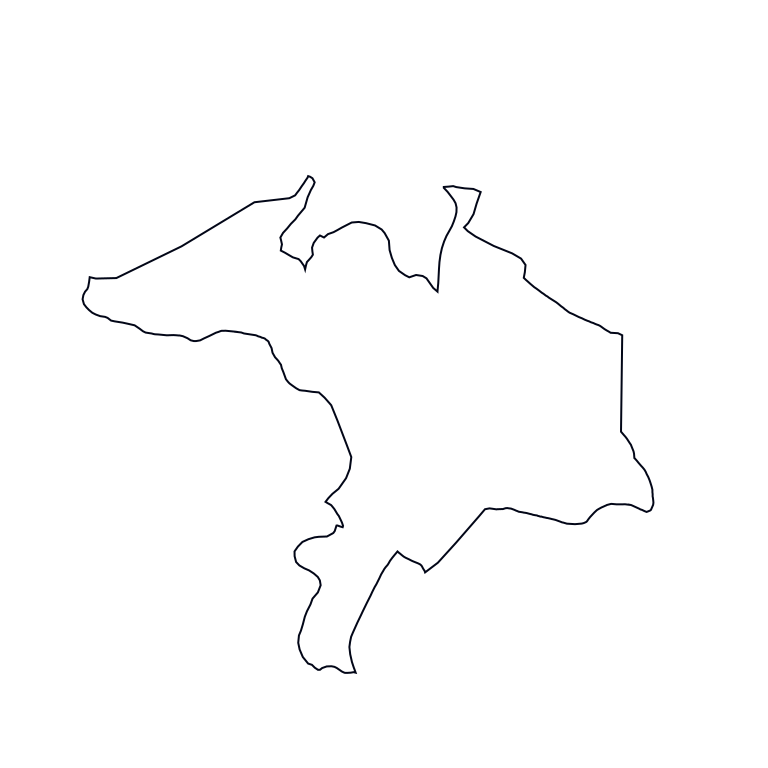 outline of Bois D'Orange, Gros Islet, Saint Lucia, rotated 325°
{"feature_id": "8701671B67132891165103", "entity_name": "Bois D'Orange", "entity_type": "district", "adm_level": 2, "iso_a3": "LCA", "parent_name": "Saint Lucia", "parent_adm1": "Gros Islet", "projection": "natural_earth1", "projection_center": [-60.96, 14.059], "detail": "fine", "context": "isolated", "style": "outline", "palette": "ink", "viewbox_px": 768, "rotation_deg": 325, "n_neighbors": 0, "source": "geoboundaries", "source_scale": "gbopen_adm2", "svg_char_len": 6166}
<svg xmlns="http://www.w3.org/2000/svg" viewBox="0 0 768 768"><g transform="rotate(325 384 384)"><path d="M571.1,413.8L570.0,411.2L568.5,407.6L568.1,406.1L567.3,404.5L566.4,401.6L565.6,399.7L564.7,396.7L563.6,393.4L562.6,390.8L561.3,385.8L560.5,382.3L560.0,380.3L559.4,377.2L563.5,373.2L568.2,367.7L568.2,359.9L563.9,350.5L553.1,333.9L543.6,315.7L540.3,306.8L539.4,301.6L545.3,300.5L554.8,296.2L563.4,289.3L571.2,283.7L573.3,282.2L569.1,275.5L562.3,270.0L556.1,264.1L554.2,261.6L550.2,259.4L546.0,256.9L545.5,257.6L546.1,261.7L546.3,263.0L546.5,267.4L546.7,272.9L546.3,277.0L544.7,281.0L541.9,284.8L538.6,287.8L534.4,290.9L530.1,293.7L525.0,296.2L520.2,298.5L515.0,301.7L509.4,305.9L504.3,310.6L499.4,315.9L495.1,321.2L486.3,332.5L481.1,338.6L480.8,339.0L479.4,333.5L479.4,321.8L477.6,317.7L472.8,313.1L465.9,311.1L463.7,307.0L461.1,299.9L461.1,292.8L462.8,285.1L465.4,277.5L470.2,269.4L471.1,260.7L470.7,256.1L467.6,249.0L461.5,241.9L456.3,236.8L450.2,233.2L439.4,231.7L434.1,231.2L429.8,230.7L424.1,229.1L418.9,229.6L416.7,225.6L413.5,226.0L407.4,228.1L403.3,231.0L401.4,234.3L399.9,237.3L397.2,238.4L393.5,239.3L390.8,239.9L388.1,242.1L385.1,244.9L386.2,241.5L386.2,238.6L386.2,235.6L385.7,232.7L384.2,230.8L382.0,228.0L380.1,223.9L378.2,219.7L376.0,215.5L378.2,213.2L380.5,211.1L382.0,207.5L383.1,204.6L388.0,202.3L394.0,201.0L399.6,199.4L405.8,198.3L410.0,196.8L420.1,194.1L428.6,187.2L431.5,185.5L435.3,183.2L439.8,181.1L442.9,179.0L443.4,174.4L442.3,171.8L441.1,170.2L439.8,171.1L436.3,172.4L433.7,173.5L430.0,174.8L425.7,176.5L422.3,177.5L420.3,178.2L419.4,178.5L413.0,177.5L382.1,160.8L297.1,155.1L225.5,143.7L208.5,132.4L204.2,127.7L201.1,131.1L197.6,134.6L195.4,136.1L192.1,136.9L188.8,138.7L185.7,141.7L184.0,146.5L184.2,150.5L184.8,154.2L185.9,158.3L187.7,161.7L189.5,164.3L190.4,165.6L194.0,169.0L195.5,171.3L196.8,175.5L199.3,178.2L205.1,183.8L208.7,187.7L213.4,192.9L214.5,195.8L215.6,198.7L216.8,202.5L218.2,205.1L221.0,207.8L222.6,209.3L224.0,211.0L224.9,211.9L227.7,214.1L234.1,219.6L237.2,221.6L239.5,223.1L241.9,225.0L243.3,226.2L244.4,227.0L246.7,229.5L249.3,233.8L250.7,237.3L252.0,238.8L252.9,239.8L253.6,240.3L254.6,241.0L258.4,242.8L262.7,243.4L268.1,244.4L268.7,244.5L275.8,245.6L278.3,246.4L280.4,246.9L281.5,247.3L284.9,249.6L292.5,256.1L294.3,257.8L291.3,255.2L296.6,259.9L298.3,262.3L306.9,270.5L307.9,272.0L308.2,272.7L309.9,274.7L310.3,275.7L311.8,277.4L312.5,278.6L312.8,280.1L313.5,281.9L313.7,283.1L313.1,285.4L312.5,290.1L310.6,294.5L310.1,299.6L310.7,304.2L310.6,308.3L310.7,309.0L309.3,312.5L308.4,316.5L306.4,323.9L306.6,327.1L306.8,328.6L307.0,329.6L307.9,332.3L309.6,337.1L311.3,340.6L313.0,342.2L315.5,344.3L320.9,349.4L325.8,353.5L327.5,361.1L328.6,371.1L324.9,387.2L318.5,412.7L315.3,425.1L307.4,433.8L298.9,439.4L286.7,443.8L278.7,444.4L272.9,445.6L268.5,447.0L269.5,449.3L269.7,449.7L270.3,450.9L271.2,452.8L271.3,453.5L271.5,456.1L271.6,458.1L271.2,463.8L271.3,466.2L270.3,472.2L270.0,473.7L269.1,476.7L268.0,477.6L266.4,475.6L266.0,475.0L264.7,473.2L263.9,472.7L259.3,476.2L257.0,477.0L249.8,476.2L243.0,471.8L239.2,469.8L233.1,467.8L226.6,466.6L220.2,467.8L214.7,469.8L212.0,473.8L209.9,479.4L210.6,484.1L213.0,489.3L215.7,493.7L217.8,498.9L219.1,504.1L218.8,508.1L216.7,512.5L210.3,516.8L202.4,518.8L197.3,522.4L190.5,526.0L185.7,529.2L179.6,534.4L174.5,538.4L170.1,541.2L165.3,546.8L162.6,553.1L160.9,561.1L161.5,569.5L163.9,572.7L164.6,576.7L166.0,580.3L167.7,581.4L170.4,581.2L175.1,582.5L179.1,585.1L181.2,587.3L182.4,589.5L183.3,591.9L183.9,593.5L184.5,595.2L185.6,597.2L186.4,598.3L188.6,599.8L191.2,601.4L193.8,602.6L195.2,604.2L196.2,600.6L196.5,599.3L198.3,593.3L201.3,586.0L204.8,579.6L208.3,575.8L212.1,572.2L215.6,570.0L225.3,564.2L233.0,559.9L235.4,558.5L244.2,553.6L251.7,549.6L255.1,547.6L259.9,545.0L262.8,543.7L268.9,540.4L272.5,538.3L276.7,536.4L275.5,537.0L277.9,535.8L280.2,535.0L283.1,534.3L284.8,533.6L287.5,532.3L291.1,531.1L295.3,529.9L295.8,529.8L299.0,528.9L299.5,531.1L299.8,531.9L300.4,534.2L301.1,536.6L302.0,538.6L303.9,541.9L305.3,544.6L306.2,546.1L309.0,550.4L310.1,552.4L310.5,554.0L310.5,555.3L310.3,556.5L310.1,558.7L310.1,560.3L309.6,561.9L325.6,561.3L352.1,555.3L385.8,546.9L394.9,544.5L399.1,546.4L401.7,548.8L403.7,550.7L404.5,551.4L404.9,551.5L409.8,554.7L411.5,555.2L412.6,555.6L413.9,556.4L414.8,557.3L416.0,558.4L416.5,558.8L418.1,561.1L418.7,562.0L419.5,563.4L420.4,564.7L421.1,565.9L423.3,568.0L424.0,568.7L424.8,569.6L425.6,570.3L426.9,571.6L428.3,573.3L428.7,573.8L429.2,574.3L429.7,574.9L430.2,575.4L430.7,576.2L431.5,577.1L432.5,578.1L433.8,579.3L434.1,579.7L434.4,580.3L435.2,581.2L435.6,581.7L435.9,582.2L436.8,582.8L437.0,583.1L437.5,583.7L437.9,584.2L438.3,584.7L439.2,585.6L439.9,586.4L440.7,587.3L441.0,587.5L441.3,587.8L442.1,588.7L443.2,589.9L444.0,590.9L444.6,591.5L446.1,593.2L446.6,593.8L447.1,594.5L448.2,596.1L449.2,597.5L449.8,598.4L450.5,599.5L451.1,600.1L451.4,600.4L453.7,603.3L460.1,608.4L466.0,611.8L467.9,612.5L469.9,612.9L470.8,613.0L472.1,612.7L473.0,612.3L474.5,611.8L476.5,611.2L482.6,609.9L486.1,609.4L487.9,609.5L491.6,609.9L492.3,610.1L493.0,610.2L494.0,610.4L495.6,610.7L496.5,610.9L496.8,610.9L497.3,611.0L501.1,612.4L501.6,612.7L505.4,615.9L510.2,619.3L511.8,620.3L512.5,620.8L516.5,624.4L514.8,622.6L517.0,624.9L517.8,626.2L521.5,632.5L522.1,633.8L522.9,634.8L523.2,635.2L524.4,637.4L525.7,639.4L527.2,639.8L529.5,640.3L530.5,640.2L535.1,637.4L536.6,635.8L537.6,634.1L539.0,631.5L539.6,630.1L540.9,628.3L541.8,626.6L543.2,624.6L544.4,621.5L545.6,617.7L546.3,615.3L547.1,611.8L547.5,608.5L548.0,606.1L548.2,603.5L548.0,600.7L547.7,598.6L547.3,594.8L547.1,591.8L546.8,589.2L546.6,588.3L548.9,584.4L549.8,582.2L551.0,577.0L551.4,575.5L551.4,573.6L551.5,570.8L551.6,568.2L551.5,565.8L551.2,563.2L550.8,559.0L607.1,480.7L604.8,476.6L599.0,472.0L598.5,470.7L597.8,469.2L597.3,468.2L596.2,465.7L595.5,463.7L594.8,461.6L594.3,460.3L593.5,458.8L592.6,457.6L591.7,456.3L591.1,455.3L590.5,454.2L588.9,452.1L588.0,450.4L586.9,448.9L585.3,446.4L583.9,443.8L582.0,440.9L579.0,435.4L576.9,432.0L576.2,430.1L575.6,428.1L575.0,426.4L574.6,424.5L573.7,422.0L572.6,417.9L572.0,416.0L571.1,413.8Z" fill="none" stroke="#020617" stroke-width="2"/></g></svg>